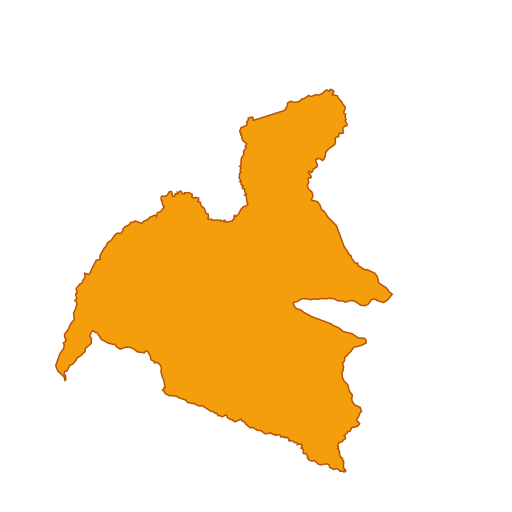 Barra do Garças, Mato Grosso, Brazil, rotated 110°
{"feature_id": "56859067B49829973992443", "entity_name": "Barra do Garças", "entity_type": "district", "adm_level": 2, "iso_a3": "BRA", "parent_name": "Brazil", "parent_adm1": "Mato Grosso", "projection": "orthographic", "projection_center": [-52.509, -15.357], "detail": "fine", "context": "isolated", "style": "filled", "palette": "amber", "viewbox_px": 512, "rotation_deg": 110, "n_neighbors": 0, "source": "geoboundaries", "source_scale": "gbopen_adm2", "svg_char_len": 6134}
<svg xmlns="http://www.w3.org/2000/svg" viewBox="0 0 512 512"><g transform="rotate(110 256 256)"><path d="M427.0,98.2L425.0,101.4L418.9,103.4L417.9,105.0L416.3,105.8L416.2,107.7L413.0,110.3L411.7,110.2L409.5,112.2L409.1,113.3L408.4,112.7L407.4,113.1L406.5,114.3L403.2,114.2L400.7,111.3L399.7,111.3L397.0,109.5L395.0,110.6L394.5,111.8L391.2,109.8L389.9,109.8L388.7,107.8L384.4,107.2L381.7,102.7L379.3,101.5L378.0,101.3L375.5,105.6L371.7,104.6L368.4,104.7L366.0,103.6L362.6,106.4L362.1,112.5L359.9,115.7L357.4,117.2L353.8,117.8L350.7,122.4L345.6,125.7L343.4,130.3L341.3,132.7L336.9,135.2L334.4,135.0L330.2,135.8L326.8,138.2L324.9,137.0L321.0,137.7L319.4,137.4L318.7,136.4L316.4,135.9L313.6,134.3L308.5,133.0L303.8,126.2L300.2,122.8L297.4,123.9L296.4,125.3L296.4,126.7L298.0,131.9L296.1,139.4L297.2,148.0L295.1,154.1L294.9,160.0L294.1,162.1L293.9,183.3L292.6,191.7L291.3,195.6L291.7,199.8L290.3,202.5L287.7,204.9L286.5,204.4L284.8,201.8L280.4,198.2L278.9,193.9L278.4,189.8L276.7,187.3L275.4,182.8L273.8,180.6L272.0,174.8L271.0,173.8L269.5,168.2L270.1,163.8L268.5,159.0L268.8,156.2L265.3,151.7L265.0,149.5L264.7,147.5L266.5,140.8L265.3,136.3L263.0,134.2L257.5,132.5L256.6,131.3L255.8,128.1L256.5,127.2L256.1,120.1L251.9,117.1L245.3,114.9L244.3,118.2L241.3,122.7L239.6,130.8L238.7,132.0L236.3,133.1L233.4,135.6L231.6,138.5L230.9,144.7L230.9,147.6L231.8,148.4L231.4,151.1L230.0,156.6L227.9,158.1L228.7,160.5L225.6,165.1L222.9,167.2L222.5,170.0L221.2,170.4L216.8,176.6L199.9,190.9L194.7,202.0L190.6,207.4L190.1,210.3L186.7,212.8L184.1,216.5L183.9,218.2L184.7,222.5L184.1,223.2L180.5,222.9L178.0,224.3L176.6,225.6L175.1,229.7L171.8,232.0L168.9,231.5L165.8,233.6L164.7,233.3L164.0,231.4L162.9,231.0L161.1,232.7L159.4,235.6L158.3,235.4L158.1,234.1L158.7,232.6L158.1,232.0L154.6,231.7L151.3,229.1L149.3,229.6L146.3,232.3L145.1,232.7L144.1,232.1L142.6,229.4L143.6,226.4L142.4,225.4L138.2,225.0L134.7,226.0L130.4,224.3L124.4,220.1L121.0,220.5L118.5,222.0L116.3,220.7L115.6,219.1L112.6,219.9L111.9,219.6L111.6,217.5L110.8,216.3L109.8,216.1L107.0,217.9L106.0,217.9L103.7,217.1L102.7,215.2L101.4,215.3L98.0,218.5L96.8,218.2L94.5,220.0L92.1,220.2L91.9,222.0L91.0,222.7L86.4,222.7L84.7,224.0L84.2,225.7L81.7,228.3L79.7,232.6L77.6,234.3L78.3,239.7L75.2,238.9L74.5,239.4L73.7,241.7L74.3,243.4L76.2,243.6L75.7,246.3L77.6,248.0L80.4,249.1L83.1,251.9L83.7,252.8L83.6,254.4L87.5,259.1L87.0,261.3L91.8,264.7L92.7,266.8L94.2,267.1L96.8,269.2L98.5,272.5L98.8,276.5L101.4,278.7L104.4,278.0L109.5,279.0L129.6,305.0L127.2,305.9L126.7,307.2L129.1,310.5L130.9,309.7L133.3,310.7L135.0,309.3L137.1,310.1L140.4,313.9L143.8,314.0L145.1,313.6L145.9,312.0L147.5,311.8L147.9,310.4L149.8,309.8L152.0,308.1L153.8,303.0L156.7,303.7L157.3,302.3L158.2,302.3L161.2,303.5L165.3,302.3L169.3,303.2L176.1,301.2L177.2,302.2L178.3,300.3L180.9,300.3L182.7,298.9L183.9,299.7L188.5,298.5L190.1,296.3L190.9,295.9L191.5,296.7L192.2,295.0L193.9,294.4L194.3,292.1L195.3,292.7L197.3,291.7L197.1,289.3L199.5,288.7L201.0,286.2L202.6,287.6L202.7,286.2L203.4,285.5L209.2,282.5L209.8,281.4L210.8,281.4L214.8,285.1L217.3,286.1L222.5,286.8L225.8,288.4L225.0,290.0L226.0,290.3L228.9,289.2L229.7,290.2L231.3,290.4L234.3,295.5L234.3,296.4L233.0,297.4L233.4,298.4L234.6,297.9L235.0,300.2L234.3,301.3L235.1,301.9L234.9,303.2L237.2,308.8L236.6,310.2L237.8,313.3L237.3,314.2L235.8,313.8L232.9,315.4L233.1,317.6L228.7,321.0L228.3,323.1L226.9,325.5L224.5,326.6L224.7,329.2L223.3,328.9L221.3,329.6L221.4,332.7L222.5,333.4L222.6,336.3L219.8,337.0L219.4,340.7L221.0,344.8L222.1,344.4L222.5,345.0L222.6,346.5L221.0,348.1L220.8,349.4L222.3,350.1L223.0,351.9L224.6,350.7L225.1,353.1L227.2,352.7L228.6,354.5L224.4,357.4L224.6,358.4L225.4,359.5L228.5,360.0L230.9,361.3L231.6,364.6L232.8,365.3L235.7,364.4L237.0,362.7L240.2,361.0L240.9,359.2L245.5,360.3L247.5,361.4L249.1,363.5L253.0,362.9L252.0,363.8L252.2,365.0L255.9,369.0L258.5,370.0L262.2,373.8L264.5,374.3L264.3,381.6L266.5,383.2L267.2,385.2L270.3,386.0L273.2,389.1L276.2,390.3L277.9,389.9L280.8,390.4L281.9,394.1L283.8,395.5L291.1,397.6L294.1,400.0L298.5,400.4L300.2,401.3L308.7,402.7L309.8,402.7L312.4,401.2L314.5,404.5L315.3,404.8L329.8,406.4L330.5,407.1L330.8,411.1L334.2,409.3L337.9,410.3L340.4,410.2L341.4,410.5L342.3,411.8L347.7,413.8L348.8,413.7L350.7,411.7L353.5,412.4L357.4,409.8L359.7,411.1L360.4,409.2L362.2,407.9L366.4,407.4L372.1,407.9L377.8,405.0L382.9,407.0L389.0,407.3L395.0,409.1L397.1,408.3L400.7,405.5L403.5,407.3L405.6,405.6L408.9,405.1L415.1,406.9L427.6,406.7L431.8,402.9L435.2,395.0L438.3,393.0L437.4,392.3L433.6,394.1L432.2,396.1L430.0,396.2L428.6,394.3L422.4,393.5L420.2,391.2L414.6,389.2L413.1,389.4L408.6,385.8L407.3,385.9L405.3,384.2L403.4,384.0L401.8,384.9L394.3,380.9L389.6,382.5L388.1,384.9L383.8,384.6L381.6,383.5L382.7,381.1L382.6,378.9L387.3,372.7L388.4,365.3L387.9,360.2L387.2,358.7L389.2,355.5L390.0,351.7L386.3,347.3L385.0,343.6L385.0,339.4L386.7,334.8L385.2,327.7L383.0,327.3L382.8,325.1L386.2,321.2L389.4,319.1L389.7,316.5L391.1,314.7L390.2,313.5L390.2,310.5L391.7,308.2L393.3,306.7L397.3,305.7L402.5,302.1L403.2,300.8L411.0,296.3L411.4,297.4L414.2,297.8L414.3,296.5L416.2,294.3L416.9,290.1L414.9,282.7L415.6,280.4L415.4,273.1L417.0,270.0L415.9,263.3L416.4,258.5L416.0,256.8L415.0,256.0L417.3,245.3L416.8,242.3L417.8,240.8L417.3,239.1L419.0,237.1L418.4,235.6L418.7,233.2L418.0,231.9L416.2,230.7L415.7,229.4L417.6,227.5L418.4,224.6L417.9,221.6L418.7,221.0L419.0,219.8L418.8,218.8L414.4,214.4L415.7,213.1L415.9,210.3L417.6,207.8L419.5,202.5L418.2,200.3L419.3,195.1L418.5,191.7L420.0,186.3L417.0,181.2L417.9,179.5L417.0,177.2L418.0,176.6L416.1,173.4L416.1,172.1L417.6,170.4L416.0,167.9L417.0,167.2L416.7,165.8L415.5,164.6L417.2,162.2L418.3,162.0L418.3,161.0L417.1,159.4L418.1,155.9L417.5,154.0L418.0,152.9L419.2,152.7L418.0,151.2L417.6,148.3L421.1,147.8L420.5,146.7L421.6,146.3L422.6,144.9L425.3,144.2L424.7,141.7L425.7,139.9L426.9,138.7L427.8,139.0L429.4,136.7L429.7,134.1L428.3,130.6L430.3,126.2L430.3,124.1L427.2,118.6L427.2,117.1L427.2,115.9L429.4,114.5L430.0,109.8L428.3,107.6L428.4,105.1L429.6,103.5L428.5,101.0L428.9,99.7L427.8,99.5L428.3,98.5L427.0,98.2Z" fill="#f59e0b" stroke="#b45309" stroke-width="1.5"/></g></svg>